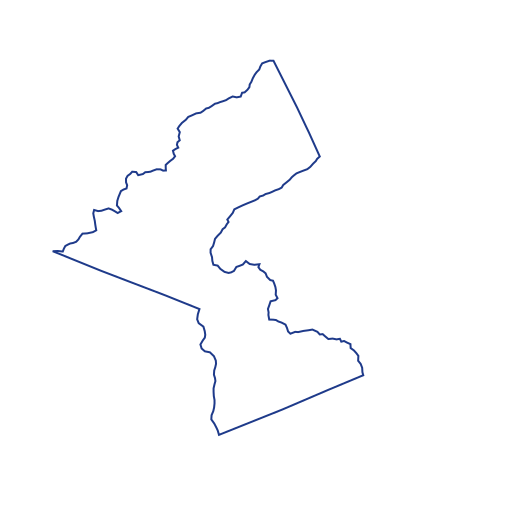 Anapurus, Maranhão, Brazil (Mercator projection), rotated 220°
{"feature_id": "56859067B68059886340931", "entity_name": "Anapurus", "entity_type": "district", "adm_level": 2, "iso_a3": "BRA", "parent_name": "Brazil", "parent_adm1": "Maranhão", "projection": "mercator", "projection_center": [-43.097, -3.562], "detail": "fine", "context": "isolated", "style": "outline", "palette": "blue", "viewbox_px": 512, "rotation_deg": 220, "n_neighbors": 0, "source": "geoboundaries", "source_scale": "gbopen_adm2", "svg_char_len": 3281}
<svg xmlns="http://www.w3.org/2000/svg" viewBox="0 0 512 512"><g transform="rotate(220 256 256)"><path d="M256.7,167.7L250.9,168.1L247.0,165.5L244.2,163.0L242.7,160.5L242.5,157.3L241.7,152.5L238.2,150.2L233.9,150.1L229.4,152.6L223.8,152.2L219.5,150.0L217.3,147.7L215.7,144.6L214.4,141.4L211.9,138.0L208.9,136.1L206.7,134.1L205.4,131.2L203.4,127.3L201.2,124.7L198.3,121.6L195.2,119.0L193.0,116.4L190.7,113.0L189.0,109.7L187.7,105.5L185.2,102.1L180.2,100.8L176.1,99.1L173.1,97.7L169.4,95.2L137.1,155.4L114.7,199.7L97.2,233.6L99.8,235.4L102.8,238.6L106.4,240.6L110.4,241.4L113.4,245.3L116.8,246.1L120.4,246.6L124.3,246.3L127.0,249.2L130.5,248.2L133.9,247.5L135.6,245.2L138.5,246.5L140.7,243.9L144.2,242.0L147.2,238.9L151.5,238.9L154.7,239.0L156.7,236.9L160.2,237.4L165.5,235.9L168.2,232.7L171.5,229.1L174.8,224.8L177.2,223.1L179.7,218.6L182.9,218.8L186.0,220.8L189.3,222.4L193.7,221.4L196.8,220.2L199.5,219.8L202.0,218.2L205.0,215.8L208.6,218.8L210.1,220.9L212.8,223.1L213.9,226.1L215.7,230.7L212.7,234.7L212.4,237.5L216.0,239.0L218.6,242.5L221.2,244.7L224.5,246.7L227.1,248.0L229.6,246.7L234.2,247.1L237.5,248.9L240.5,248.9L243.9,248.2L247.0,249.0L248.1,251.9L251.6,248.2L255.7,245.8L260.5,245.6L260.6,241.0L262.2,238.0L264.0,235.0L263.3,230.4L264.5,227.5L266.1,225.4L269.9,223.6L275.0,223.2L279.2,224.0L283.0,221.9L286.3,224.2L288.9,226.8L292.9,229.3L295.1,232.0L295.3,236.0L296.7,239.3L298.4,242.8L298.4,246.7L298.0,251.3L298.8,255.1L298.1,258.0L298.8,261.6L298.9,264.4L301.4,265.5L301.4,269.7L301.5,274.1L302.6,277.8L300.8,281.9L298.7,286.4L296.4,290.9L294.4,294.6L292.6,298.0L291.4,301.1L291.4,304.0L289.4,306.9L288.5,309.6L286.2,312.9L284.8,315.7L283.5,318.6L281.5,321.9L280.3,324.9L280.8,327.9L280.0,331.8L279.2,336.1L279.2,339.4L278.8,342.0L278.1,345.3L276.7,348.0L274.9,351.3L272.5,355.5L271.7,359.2L271.6,363.5L271.2,367.1L271.6,369.7L271.1,373.2L294.8,384.6L301.0,387.4L319.9,396.1L368.1,416.8L371.1,414.4L373.4,410.6L375.1,407.5L374.5,404.0L373.4,401.0L373.7,397.2L373.5,394.1L372.7,390.1L371.5,386.4L371.1,383.4L369.6,381.1L369.4,377.8L369.9,374.0L371.6,372.1L370.2,368.3L372.8,365.1L376.4,363.2L378.2,359.2L379.1,356.2L381.0,353.0L382.4,350.9L383.7,348.4L385.3,346.3L386.4,342.1L387.4,339.1L389.0,337.0L389.7,333.1L390.6,330.1L393.5,326.8L395.7,322.1L397.3,319.0L397.3,315.3L398.3,310.4L398.3,306.4L397.9,303.2L394.0,301.9L392.1,297.9L388.8,295.6L389.3,292.7L388.0,290.3L385.2,289.0L386.4,286.3L387.3,283.3L384.7,281.4L382.1,280.4L382.0,277.2L382.8,273.9L383.4,270.3L383.7,267.7L382.0,265.7L380.0,263.6L382.0,261.7L384.8,261.0L387.8,258.6L389.8,255.2L391.0,252.8L392.7,250.9L394.7,249.0L395.3,246.1L398.2,242.2L401.7,243.3L405.0,241.0L405.1,238.0L405.9,234.9L405.3,231.7L402.9,228.9L400.2,227.4L398.6,224.5L400.2,221.8L401.2,218.9L399.3,212.9L397.7,209.1L395.0,205.3L392.0,204.8L388.1,203.7L389.6,200.0L393.0,199.5L396.2,198.9L399.5,197.7L401.5,194.6L403.5,191.3L405.8,188.9L409.6,187.2L408.1,184.1L405.5,181.9L402.1,179.3L399.6,177.0L397.3,175.0L394.9,173.0L396.3,169.4L399.9,164.8L403.3,161.6L403.2,157.4L402.7,154.6L402.9,151.3L404.5,148.4L406.4,146.1L407.5,143.7L408.5,141.1L407.9,138.2L406.9,135.2L411.1,132.4L414.8,129.0L365.1,145.1L336.1,155.1L299.7,167.7L265.2,179.0L263.1,174.0L260.4,169.7L256.7,167.7Z" fill="none" stroke="#1e3a8a" stroke-width="2"/></g></svg>